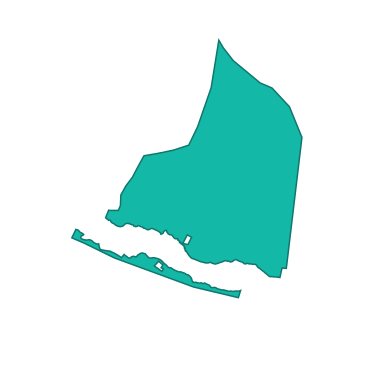 Zemam Out, Al Bahr al Ahmar, Egypt, rotated 330°
{"feature_id": "37247803B22410072002885", "entity_name": "Zemam Out", "entity_type": "district", "adm_level": 2, "iso_a3": "EGY", "parent_name": "Egypt", "parent_adm1": "Al Bahr al Ahmar", "projection": "orthographic", "projection_center": [31.757, 26.727], "detail": "fine", "context": "isolated", "style": "filled", "palette": "teal", "viewbox_px": 384, "rotation_deg": 330, "n_neighbors": 0, "source": "geoboundaries", "source_scale": "gbopen_adm2", "svg_char_len": 5953}
<svg xmlns="http://www.w3.org/2000/svg" viewBox="0 0 384 384"><g transform="rotate(330 192 192)"><path d="M158.2,248.3L158.9,249.6L161.3,252.4L163.9,255.8L165.0,257.1L166.4,258.2L167.4,259.4L167.5,259.3L169.2,260.9L169.9,261.1L170.8,261.6L172.6,262.1L173.1,262.4L173.6,263.4L173.7,263.6L174.8,264.8L175.0,264.9L176.0,266.0L178.5,266.7L181.0,267.1L183.1,267.6L184.6,267.8L186.0,267.9L186.8,268.3L187.1,268.6L187.8,269.4L188.1,269.6L189.2,270.1L190.0,271.4L190.5,272.0L192.1,272.4L192.7,272.3L192.9,272.2L193.2,272.3L193.6,272.2L194.8,272.2L195.3,272.1L195.8,272.2L196.6,272.8L197.3,274.1L198.2,275.3L199.8,277.2L200.5,277.7L200.7,278.0L200.9,278.7L200.9,278.9L201.1,279.5L201.4,280.3L202.2,280.9L203.6,281.4L204.3,281.4L204.6,281.5L204.9,281.8L205.0,282.1L205.0,282.4L205.1,282.5L205.5,282.7L205.9,283.1L207.6,284.1L208.5,285.1L209.3,285.5L209.6,285.6L210.0,285.8L211.0,286.8L211.2,287.6L211.4,290.3L212.3,291.8L212.8,293.2L213.3,294.4L213.4,294.7L213.7,295.5L213.9,296.0L214.4,297.0L214.9,298.8L215.4,299.5L215.4,300.3L215.6,300.5L216.4,302.8L216.6,303.5L217.4,304.5L218.0,304.8L219.0,305.2L220.3,306.4L222.2,307.5L223.9,308.8L224.5,309.4L225.4,310.0L231.9,302.9L235.5,305.3L314.5,199.7L319.0,166.9L313.3,142.0L305.5,131.6L293.4,98.9L291.2,82.8L291.1,74.0L260.7,111.3L229.5,138.3L212.6,149.8L196.6,146.4L181.2,141.3L168.5,136.6L156.8,143.7L147.8,149.4L137.7,153.7L128.9,159.0L123.2,168.0L118.9,171.1L110.9,166.4L110.7,166.1L104.3,171.1L104.6,172.0L105.2,173.7L105.8,175.0L106.3,175.0L106.8,175.2L107.0,175.7L107.1,176.1L107.0,176.4L106.9,176.9L107.1,178.2L107.3,178.6L108.0,179.7L108.4,180.1L108.5,180.5L108.8,181.1L109.2,182.4L109.7,182.9L110.1,183.9L112.1,185.9L113.1,186.4L114.5,186.9L115.8,186.9L116.5,186.7L117.0,186.5L117.7,186.3L118.4,186.3L119.9,186.6L120.8,187.2L121.4,187.8L121.9,187.8L122.4,188.2L122.3,188.7L123.6,190.3L123.9,190.6L124.4,190.7L124.6,190.9L124.7,191.6L124.6,192.0L124.7,192.6L125.1,193.1L126.0,193.9L126.4,194.0L127.0,194.3L127.6,194.3L128.2,194.2L129.0,194.4L129.3,194.8L129.9,195.8L130.8,196.9L131.6,197.5L131.9,198.9L132.2,199.3L132.6,199.4L133.5,200.7L134.1,201.8L134.8,202.4L135.1,202.9L136.1,203.0L138.0,203.2L138.7,203.4L139.1,203.5L139.8,204.4L140.2,204.6L140.4,205.0L140.9,205.9L141.2,206.3L141.5,206.5L142.8,208.6L143.2,208.8L143.7,210.4L144.0,210.8L144.2,211.4L144.2,211.6L144.0,212.3L144.0,212.8L144.0,213.0L145.1,213.3L146.4,213.2L146.7,213.1L147.6,212.2L147.9,212.0L150.5,212.1L150.7,212.9L150.5,213.3L150.2,213.8L150.5,216.6L151.6,218.1L153.0,219.1L153.5,222.8L153.8,223.6L154.7,224.6L156.0,224.9L156.2,225.6L155.9,225.6L155.9,226.2L155.7,226.5L156.0,227.2L156.2,227.9L156.4,228.1L156.6,228.4L156.7,228.7L156.4,229.2L156.4,229.4L156.2,229.6L156.7,229.8L156.7,230.0L156.4,230.0L156.6,230.2L157.2,230.6L157.2,230.8L156.9,230.9L156.6,231.2L157.4,232.9L157.6,233.8L158.2,234.4L157.7,235.5L158.2,235.8L158.3,236.2L157.8,236.6L157.7,237.7L157.3,237.5L157.3,238.2L157.0,239.0L157.3,239.4L157.4,239.6L157.4,239.8L156.9,240.0L157.1,240.6L157.5,241.0L157.5,241.3L157.5,242.1L157.4,243.4L157.6,244.0L157.6,244.8L157.6,245.1L158.2,248.3ZM169.0,231.0L162.1,235.5L158.4,231.9L166.5,226.8L169.0,231.0ZM184.8,301.6L183.0,301.3L182.7,301.2L182.2,300.9L181.6,300.3L180.9,299.9L179.2,299.1L177.4,298.4L176.2,297.2L173.7,296.1L172.9,294.9L172.5,294.6L171.9,294.1L171.6,293.9L171.1,293.6L170.7,292.7L169.5,292.1L168.7,291.6L168.0,290.8L167.0,289.9L166.7,289.6L166.3,289.1L165.9,288.7L165.3,287.9L165.0,287.2L164.5,286.5L163.4,285.6L163.1,285.5L161.8,285.0L161.1,284.4L160.8,284.1L160.6,282.9L160.6,281.8L160.4,281.3L159.9,280.7L158.0,278.1L157.7,277.5L157.4,277.1L156.9,277.0L156.6,277.0L156.2,277.1L155.7,276.8L155.5,276.6L154.6,275.3L154.2,275.0L153.7,275.0L153.2,274.9L152.4,274.4L152.4,274.2L151.7,273.6L151.0,273.1L150.5,272.6L150.5,272.3L150.0,271.9L148.5,271.4L147.9,271.1L147.8,270.9L147.8,270.7L148.0,270.2L147.5,269.7L147.8,268.9L148.0,267.8L148.2,267.4L148.2,267.0L148.3,266.9L148.3,265.7L148.4,265.4L147.8,263.1L147.5,262.6L147.4,262.0L146.8,261.4L146.5,261.2L146.4,261.2L146.0,260.6L145.4,260.2L145.4,259.8L145.5,259.6L145.2,259.1L145.1,258.7L144.1,257.6L143.9,257.6L143.6,257.4L143.3,257.0L143.0,256.2L142.2,255.4L141.4,255.1L140.7,254.6L140.5,254.4L140.2,253.9L139.7,253.5L138.9,252.4L138.5,251.7L138.0,251.3L137.5,250.2L137.2,249.8L136.8,249.3L136.6,249.0L136.5,248.4L135.9,247.1L135.3,246.8L134.9,246.5L134.3,246.0L134.2,245.7L133.8,245.4L133.5,244.0L133.1,242.0L132.9,241.5L132.1,239.8L131.9,238.9L131.8,238.3L131.8,238.0L131.1,235.6L130.0,233.8L129.4,233.0L128.1,231.6L127.7,231.3L127.3,230.8L127.0,230.6L126.2,230.0L125.9,229.7L125.3,229.4L124.4,229.0L124.0,228.9L123.6,228.9L123.1,228.6L122.0,227.6L121.9,227.4L121.6,226.8L121.4,226.5L121.4,225.8L120.9,224.1L120.8,223.6L120.7,222.6L120.6,222.0L119.6,221.2L119.4,220.8L118.9,220.5L118.8,220.2L117.8,219.6L117.1,219.5L116.6,219.5L116.4,219.4L115.8,219.4L114.9,219.5L113.7,219.5L112.3,219.9L112.1,220.1L111.6,220.2L111.3,220.2L110.9,220.1L110.5,219.8L109.9,219.2L109.5,218.6L109.0,218.3L108.3,218.1L107.0,217.9L105.7,218.2L104.7,217.9L104.1,217.4L103.8,216.9L103.5,215.9L102.2,213.0L102.0,212.1L98.1,213.6L96.1,209.5L94.1,206.1L91.5,202.5L91.6,202.4L87.5,199.2L87.4,199.2L83.8,195.9L84.2,193.3L85.3,190.2L84.3,189.9L83.1,188.9L81.6,186.7L81.5,185.9L81.2,185.3L81.0,184.3L80.8,183.9L80.5,183.5L80.0,182.7L79.7,182.4L79.4,182.2L79.0,182.0L78.7,181.7L76.7,180.9L76.2,180.6L76.0,180.4L75.7,180.3L75.2,179.7L74.8,179.5L74.1,178.7L73.6,178.2L73.1,177.4L72.9,176.9L72.9,176.5L72.9,176.1L73.1,175.4L73.3,175.1L73.5,174.9L73.9,174.8L74.5,174.8L75.3,175.0L75.6,175.0L76.2,174.9L76.6,174.9L76.9,174.7L77.0,174.5L76.5,173.3L76.3,172.9L76.1,172.6L75.7,172.0L75.1,171.0L74.9,170.7L74.7,169.8L74.6,169.0L74.4,168.2L73.9,167.5L73.5,167.2L73.1,166.9L72.8,166.3L65.0,171.6L72.9,182.2L91.9,210.4L145.9,275.1L179.3,306.7L184.8,301.6ZM128.7,244.4L126.2,245.6L122.4,237.2L128.5,235.3L130.3,240.7L127.4,242.1L128.7,244.4Z" fill="#14b8a6" stroke="#0f766e" stroke-width="1.5"/></g></svg>